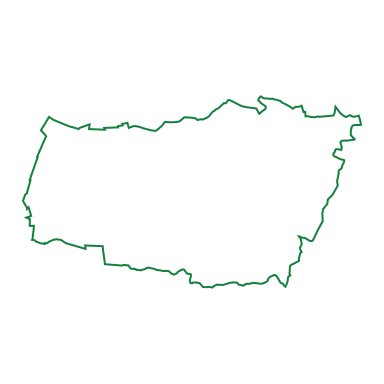 the district of Sanmartin, Harghita, Romania
{"feature_id": "2599482B50475044485744", "entity_name": "Sanmartin", "entity_type": "district", "adm_level": 2, "iso_a3": "ROU", "parent_name": "Romania", "parent_adm1": "Harghita", "projection": "albers", "projection_center": [25.991, 46.26], "detail": "fine", "context": "isolated", "style": "outline", "palette": "green", "viewbox_px": 384, "rotation_deg": 0, "n_neighbors": 0, "source": "geoboundaries", "source_scale": "gbopen_adm2", "svg_char_len": 6030}
<svg xmlns="http://www.w3.org/2000/svg" viewBox="0 0 384 384"><path d="M257.9,283.4L260.5,283.7L261.9,283.7L263.1,283.4L264.9,282.6L266.5,281.7L267.5,281.0L268.1,279.3L268.7,278.1L269.9,277.0L271.7,276.1L273.7,275.2L274.8,274.9L276.2,275.8L277.6,277.7L279.2,280.4L280.5,282.7L281.0,283.1L282.2,283.4L282.7,283.5L284.4,285.9L285.4,286.7L286.7,284.0L287.6,281.5L287.8,279.2L288.2,277.0L288.9,276.2L290.3,275.5L289.4,273.5L289.7,272.0L289.8,269.5L289.8,267.0L290.1,266.3L290.7,265.1L293.7,263.7L297.0,261.9L298.9,260.8L299.0,258.0L300.6,252.4L301.6,252.0L300.7,250.7L300.1,248.9L300.1,247.4L300.4,246.8L301.3,245.4L301.6,243.9L301.5,242.9L300.6,238.5L298.9,236.4L299.8,236.5L300.4,236.9L301.5,237.6L304.6,237.8L310.4,241.2L312.5,240.8L314.0,238.3L315.0,236.1L317.9,230.0L322.7,221.2L322.3,212.9L322.9,211.4L322.9,210.3L322.8,209.4L323.1,209.3L324.3,207.6L325.3,206.3L327.1,204.4L327.5,202.6L327.7,200.1L328.1,199.1L332.4,195.0L337.7,185.8L337.1,181.0L338.7,173.4L338.6,171.4L339.2,169.8L341.0,169.1L341.9,167.6L342.4,165.2L344.0,162.1L344.3,160.3L343.0,159.7L341.3,159.5L340.0,158.9L338.5,158.3L337.1,157.5L335.8,156.8L335.0,156.7L334.5,156.5L333.8,155.8L333.3,155.1L333.3,154.3L333.6,153.4L333.8,152.9L334.8,151.9L335.1,150.7L335.3,149.9L335.9,149.3L336.5,149.2L339.5,149.4L341.1,150.0L341.6,149.1L341.7,147.4L341.3,145.4L340.4,142.5L341.3,141.1L342.7,140.6L344.2,140.5L344.9,140.5L345.7,140.6L348.0,140.6L351.7,139.9L352.9,139.8L354.3,139.6L354.7,139.2L354.7,138.9L354.1,138.5L353.6,138.3L353.0,137.5L352.0,136.4L350.7,135.2L350.8,134.2L350.8,132.2L350.9,130.5L351.2,129.2L351.4,127.9L351.7,127.1L352.5,125.9L353.5,125.2L355.9,125.0L358.8,125.0L361.0,124.8L360.2,120.7L358.8,115.7L355.8,116.5L353.6,116.8L351.5,116.1L350.2,115.1L348.7,115.8L347.1,116.6L346.4,117.0L344.9,116.5L343.5,115.7L341.7,114.4L340.0,112.8L337.1,108.9L335.5,106.7L335.0,110.4L334.5,113.4L333.4,115.5L328.7,116.0L326.2,116.2L322.7,116.5L321.1,116.6L319.9,116.9L318.7,116.7L317.8,116.4L315.6,117.1L313.8,117.2L312.8,117.1L310.7,116.9L310.1,116.8L309.2,116.5L307.6,116.2L305.5,116.3L305.4,113.5L305.1,111.8L303.5,112.1L302.6,109.2L301.7,105.7L301.1,105.8L300.9,106.0L300.4,106.3L299.9,106.4L299.2,106.5L298.5,106.8L297.3,106.9L296.3,106.9L295.2,107.0L292.8,108.7L289.7,106.5L287.1,105.1L285.8,104.3L285.0,104.0L283.7,103.3L283.0,103.1L281.4,102.0L280.7,101.2L279.6,100.8L277.2,99.9L274.6,99.5L273.9,99.3L273.0,98.8L272.2,98.7L271.4,98.8L270.8,98.7L269.6,98.9L268.9,98.8L268.4,98.6L267.5,98.5L266.6,98.4L264.8,98.5L263.9,98.4L260.9,96.4L259.9,97.4L259.1,98.0L258.6,99.1L258.2,100.3L261.0,103.0L262.0,103.8L263.0,104.5L265.7,106.5L265.8,108.1L265.0,109.4L263.7,110.2L263.0,110.6L259.2,113.8L256.2,108.4L245.6,107.1L241.7,106.1L236.8,103.7L233.8,102.1L230.2,100.4L228.3,100.0L227.1,101.4L226.3,102.8L225.6,103.3L223.8,103.2L218.3,108.4L216.1,109.2L213.9,111.2L212.8,111.6L208.7,116.5L206.4,118.0L206.0,118.1L202.7,119.6L201.2,119.2L197.3,120.0L195.7,118.4L191.1,117.7L184.4,117.3L179.5,121.4L175.7,122.1L170.3,122.3L164.9,121.9L162.3,125.4L159.5,127.9L158.3,129.0L155.7,130.9L151.0,130.3L143.5,128.3L139.4,126.9L137.2,126.4L133.8,126.0L128.8,127.9L127.4,122.9L122.3,123.9L122.7,125.4L118.0,126.2L118.1,127.4L104.2,127.9L104.6,129.0L105.0,129.7L103.6,129.7L101.5,129.6L97.4,129.4L89.1,129.1L89.5,125.5L89.6,124.4L83.6,126.5L79.7,127.9L79.1,128.3L78.7,129.1L73.7,127.5L70.1,126.6L66.9,125.4L54.5,120.3L54.0,120.2L49.1,116.9L40.9,130.4L44.2,133.7L45.0,134.7L46.2,136.3L45.9,136.7L37.1,156.8L37.7,157.1L29.7,179.9L30.5,180.1L28.9,185.8L27.1,192.2L27.1,193.1L25.2,194.7L24.6,196.3L23.0,200.9L27.0,207.8L27.0,208.8L28.5,207.3L31.2,215.9L26.3,217.6L28.0,218.4L29.8,219.0L29.8,225.9L33.9,225.8L33.6,229.9L33.1,234.1L32.9,235.6L32.6,238.3L32.6,239.1L32.1,239.8L34.0,240.1L34.6,240.3L35.0,240.6L35.6,241.2L36.5,241.8L37.0,242.0L37.7,242.1L40.7,243.4L41.8,243.5L42.8,243.4L44.5,244.1L44.8,243.8L45.0,243.1L45.6,243.0L46.5,243.3L46.8,243.3L47.6,242.8L47.9,242.6L48.9,241.8L49.9,241.3L54.1,239.6L55.2,239.6L55.9,239.3L57.2,239.4L57.4,239.4L57.8,239.5L58.3,239.5L60.9,239.9L65.0,242.6L66.1,243.2L67.5,243.7L70.1,244.4L85.6,248.9L85.2,245.4L85.8,245.5L102.7,246.2L103.4,252.9L103.9,255.8L104.5,260.6L104.9,264.2L118.9,265.3L121.4,265.5L122.3,265.6L123.4,265.0L124.3,265.0L125.0,264.8L125.6,265.1L126.3,265.5L126.9,265.4L127.2,265.2L128.2,265.3L128.5,265.6L129.2,266.4L129.4,266.8L130.0,267.4L129.9,267.7L130.2,268.0L130.6,268.3L131.6,268.9L132.2,269.0L133.2,268.7L134.0,268.7L134.5,269.1L135.2,269.1L135.7,269.1L135.8,269.5L136.3,269.8L138.1,270.0L138.9,270.0L139.7,270.0L140.2,270.3L141.4,270.2L142.9,269.6L144.2,269.3L144.7,269.2L145.6,268.7L146.4,268.0L147.0,268.0L147.7,267.7L148.6,267.6L149.2,267.8L149.8,267.9L151.9,268.5L152.8,268.6L153.8,268.7L154.5,269.0L156.5,269.9L161.0,270.5L162.0,270.8L163.1,271.0L164.2,271.0L165.3,270.9L166.1,271.0L167.2,270.8L168.3,270.9L168.8,271.1L169.7,272.0L170.5,272.8L171.1,273.2L173.7,274.6L174.8,274.3L175.8,273.9L176.4,273.4L177.0,273.2L177.2,272.9L177.5,272.3L177.9,271.9L179.1,271.2L179.9,270.9L180.4,270.4L180.8,269.9L181.9,269.7L183.6,269.4L184.4,270.0L184.8,270.3L185.0,271.1L186.6,272.8L186.8,273.3L187.3,273.6L188.7,273.9L189.7,273.9L190.5,274.1L191.0,274.6L190.9,275.2L190.9,275.9L190.7,277.0L190.4,278.3L189.8,279.8L190.0,281.9L190.1,282.3L190.5,283.0L192.9,283.4L192.5,283.1L192.6,282.7L193.8,282.5L197.3,282.6L197.6,282.9L198.3,282.9L199.6,283.1L201.0,284.7L201.7,285.7L202.3,286.2L202.8,286.9L204.3,287.1L205.5,287.2L206.7,287.2L207.8,286.9L211.1,287.2L212.1,287.6L213.6,286.6L214.1,285.7L214.9,285.6L215.7,285.2L216.8,284.6L218.2,284.9L219.4,284.7L220.2,284.8L221.9,285.0L223.0,284.9L225.3,284.3L227.3,283.7L229.5,282.9L231.5,282.7L233.4,282.3L234.2,282.5L235.1,282.6L236.2,282.5L237.4,282.9L238.2,284.0L238.6,284.6L239.0,284.9L239.6,284.9L240.4,285.0L241.5,285.2L242.4,285.4L243.1,285.8L243.7,285.6L244.2,285.3L244.5,284.9L245.2,284.1L246.3,284.0L248.0,283.7L249.8,283.9L250.4,283.7L250.9,283.4L251.4,283.3L252.3,282.9L252.6,282.9L254.6,283.0L256.3,283.2L257.9,283.4Z" fill="none" stroke="#15803d" stroke-width="2"/></svg>